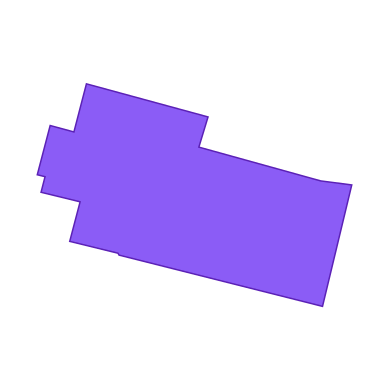 outline of Bollinger, Missouri, United States of America, rotated 104°
{"feature_id": "52423323B38725107036826", "entity_name": "Bollinger", "entity_type": "district", "adm_level": 2, "iso_a3": "USA", "parent_name": "United States of America", "parent_adm1": "Missouri", "projection": "orthographic", "projection_center": [-90.042, 37.32], "detail": "fine", "context": "isolated", "style": "filled", "palette": "violet", "viewbox_px": 384, "rotation_deg": 104, "n_neighbors": 0, "source": "geoboundaries", "source_scale": "gbopen_adm2", "svg_char_len": 360}
<svg xmlns="http://www.w3.org/2000/svg" viewBox="0 0 384 384"><g transform="rotate(104 192 192)"><path d="M115.3,194.6L112.6,320.6L162.3,321.1L161.8,345.7L212.7,346.3L212.7,338.3L228.8,338.4L228.6,298.2L269.5,298.7L269.3,249.0L270.9,247.5L271.4,37.7L146.5,38.7L150.1,69.8L146.8,196.2L115.3,194.6Z" fill="#8b5cf6" stroke="#5b21b6" stroke-width="1.5"/></g></svg>